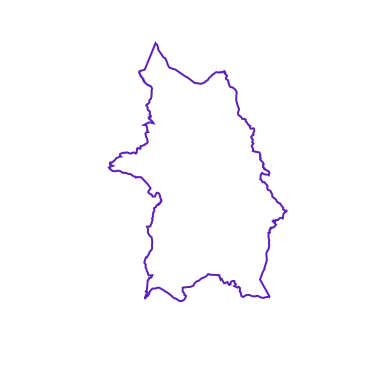 Chiquilistlán, Jalisco, Mexico (Robinson projection), rotated 133°
{"feature_id": "50627088B99358381769751", "entity_name": "Chiquilistlán", "entity_type": "district", "adm_level": 2, "iso_a3": "MEX", "parent_name": "Mexico", "parent_adm1": "Jalisco", "projection": "robinson", "projection_center": [-103.888, 20.08], "detail": "fine", "context": "isolated", "style": "outline", "palette": "violet", "viewbox_px": 384, "rotation_deg": 133, "n_neighbors": 0, "source": "geoboundaries", "source_scale": "gbopen_adm2", "svg_char_len": 6092}
<svg xmlns="http://www.w3.org/2000/svg" viewBox="0 0 384 384"><g transform="rotate(133 192 192)"><path d="M216.1,63.9L215.5,64.2L209.6,82.6L202.1,85.7L198.7,86.5L198.2,87.2L191.1,90.5L186.6,95.4L185.1,96.3L183.4,96.8L181.9,96.9L177.9,99.4L177.2,100.7L174.4,102.7L173.7,104.2L171.6,106.5L170.4,107.3L169.8,108.2L169.2,107.4L168.6,107.8L168.3,107.7L167.9,108.6L167.5,109.0L166.7,109.2L166.3,109.0L165.8,109.7L164.4,110.1L164.2,109.9L164.4,109.3L164.3,109.1L163.1,109.0L162.1,108.1L158.5,108.2L158.3,113.1L157.3,113.0L156.9,112.6L157.0,110.9L155.2,111.7L154.4,110.5L153.8,110.0L151.5,110.1L150.0,109.1L149.5,107.6L145.5,110.3L143.1,110.1L142.0,109.6L141.3,109.9L141.2,110.3L142.3,111.4L142.3,112.5L142.7,113.5L142.5,113.8L141.7,114.1L141.2,114.7L141.1,116.9L140.3,119.6L140.9,120.7L140.8,121.2L141.2,123.1L140.3,125.4L140.6,130.2L139.0,131.6L138.4,133.9L137.7,135.2L137.8,136.4L138.4,137.1L138.7,138.1L137.7,139.8L137.6,139.7L135.9,141.1L135.5,146.0L136.7,147.0L135.8,149.6L136.1,150.7L132.3,153.6L130.2,153.7L130.1,152.5L129.5,150.7L127.3,148.1L127.3,147.3L125.4,148.3L124.7,149.5L124.8,151.1L125.3,152.0L125.3,153.1L125.8,154.0L126.0,155.0L125.2,155.1L125.4,156.8L125.2,157.5L124.3,157.6L123.7,158.0L123.5,158.8L122.6,158.7L122.1,159.7L121.8,164.4L120.1,165.0L119.9,166.2L119.2,167.0L118.5,167.0L117.4,168.9L117.3,170.2L119.7,173.6L120.0,174.9L119.7,175.7L120.1,175.8L118.8,176.7L117.7,179.7L114.7,180.2L114.6,181.9L112.3,183.0L111.6,186.2L108.9,186.6L108.7,186.1L108.0,186.2L107.1,187.4L104.8,188.1L103.4,189.9L103.8,190.9L105.6,192.0L105.5,193.2L104.6,194.3L104.5,195.2L104.1,195.0L104.4,196.8L103.7,199.4L103.8,200.2L103.5,201.2L103.0,201.9L102.4,202.1L102.8,203.6L104.0,204.6L104.2,205.1L103.6,207.5L104.1,210.1L103.9,210.8L102.7,212.5L99.2,214.1L98.2,216.6L94.9,222.0L91.9,224.8L88.4,227.5L87.7,229.8L87.6,231.4L87.8,233.3L88.8,235.3L89.0,236.3L87.4,239.6L85.7,241.5L85.7,242.3L86.2,243.8L85.7,244.9L85.2,245.2L83.2,245.5L83.0,245.8L83.0,248.9L82.6,249.3L81.7,249.3L81.6,250.9L83.5,251.3L83.7,252.0L84.3,252.1L85.0,253.0L85.7,253.0L85.9,253.6L86.7,254.4L87.5,255.6L88.4,256.3L91.2,256.6L92.2,257.1L93.9,256.9L97.4,257.3L98.9,256.8L101.4,257.4L102.7,257.4L105.2,258.3L107.0,259.5L109.4,263.1L110.4,264.3L111.3,273.3L112.1,276.4L113.8,287.7L115.5,291.0L116.4,293.7L115.4,296.6L113.8,299.4L112.4,302.8L112.8,303.8L112.9,305.8L112.5,306.5L111.1,313.2L108.5,317.0L108.1,318.1L108.3,319.4L108.1,320.1L134.8,310.0L139.1,312.6L140.0,312.7L140.3,312.1L140.7,312.0L140.5,311.6L141.3,310.8L141.7,309.2L142.2,308.7L142.0,308.3L142.4,308.1L142.5,307.5L142.2,307.1L142.7,305.4L142.4,305.0L142.5,304.6L143.1,304.7L143.4,304.3L143.6,303.6L143.4,303.2L143.5,302.4L143.9,302.0L143.9,301.4L144.1,301.5L144.0,297.1L143.5,296.8L143.3,295.8L142.8,294.9L143.0,294.3L142.9,293.1L143.9,291.5L145.8,290.5L146.0,290.0L149.9,286.7L151.8,285.7L153.9,285.9L155.0,284.6L155.8,284.2L157.3,284.2L158.4,284.7L159.6,284.7L159.9,284.5L160.2,282.5L162.1,280.4L162.1,279.6L161.8,278.8L162.0,277.5L162.7,276.7L163.9,276.3L164.2,275.9L164.3,274.1L164.7,274.1L165.5,273.4L165.8,274.3L166.6,274.5L167.2,274.3L167.7,273.7L167.4,268.8L168.0,267.0L169.8,270.2L170.8,271.1L175.7,272.8L174.5,271.0L175.4,269.0L176.1,268.0L177.4,266.9L178.0,264.9L179.7,266.1L181.0,265.9L182.8,263.5L184.1,260.4L185.1,259.5L185.6,258.5L187.1,258.1L188.9,258.9L190.1,258.8L190.5,259.2L191.9,259.7L193.7,260.9L194.8,259.6L195.9,259.5L196.6,261.5L197.9,261.7L200.7,259.4L202.2,259.3L202.2,260.7L203.7,262.3L205.5,262.8L206.1,263.6L207.2,266.3L207.7,266.9L209.4,268.0L210.4,269.3L213.2,270.5L214.1,269.9L214.5,268.8L214.5,268.1L215.8,269.2L218.5,270.2L219.4,270.4L220.5,270.1L224.7,270.6L226.2,272.0L226.5,271.9L226.6,271.2L227.2,271.4L227.9,270.7L226.8,267.7L230.2,269.4L230.9,269.4L230.9,268.4L231.2,267.7L230.7,266.4L231.0,264.9L229.0,262.0L227.2,261.0L226.0,259.5L225.4,257.7L225.2,255.5L224.0,254.6L222.8,252.7L222.3,251.1L220.8,249.1L220.7,247.2L220.1,244.8L219.6,244.2L219.7,242.8L218.9,242.7L215.9,239.3L216.4,229.9L217.6,224.8L219.2,224.4L219.6,224.6L221.3,224.4L222.0,223.9L222.2,222.1L221.5,220.3L221.5,219.3L222.1,218.2L222.0,217.3L220.4,216.0L217.9,217.1L216.6,217.3L215.9,216.2L215.6,215.3L216.2,213.6L218.2,210.6L218.6,209.1L219.5,208.2L220.1,208.6L220.9,207.8L221.3,208.0L222.0,207.7L222.3,208.0L223.1,207.7L223.3,208.4L223.7,208.5L223.9,208.1L224.6,207.9L225.6,208.6L226.4,208.7L228.0,208.1L229.3,208.8L230.0,208.6L230.8,207.3L231.5,206.7L233.5,206.4L234.1,205.7L236.2,204.5L236.6,203.7L238.7,203.1L239.0,201.9L241.7,200.8L242.3,200.2L244.5,199.7L245.3,199.1L246.0,199.2L248.0,201.3L249.2,198.7L251.9,196.5L252.8,193.3L252.9,192.5L252.5,191.2L253.1,190.0L256.1,186.5L258.3,184.9L259.7,183.4L260.7,182.6L261.9,182.2L264.9,182.1L266.1,181.5L270.5,180.4L271.0,180.5L271.1,181.0L272.1,180.8L275.9,178.9L276.3,178.5L276.7,176.2L278.6,174.8L279.2,173.9L279.5,172.7L280.5,171.3L281.1,169.3L282.2,167.8L282.4,166.7L281.5,165.6L279.9,164.2L281.9,163.6L283.0,163.8L284.4,164.7L285.2,164.4L285.6,163.9L286.3,164.2L286.9,164.0L294.3,158.3L296.3,157.9L296.3,157.3L295.7,156.8L295.8,156.3L300.9,154.6L302.4,153.5L299.9,154.0L298.8,153.5L296.1,153.7L294.5,154.7L293.0,155.1L289.6,155.1L288.8,154.0L285.0,151.4L284.3,150.6L283.1,145.2L282.9,143.0L282.6,142.5L282.0,138.3L281.9,132.6L281.1,131.5L280.9,130.2L280.6,129.9L280.5,128.0L280.1,126.5L278.0,124.7L275.8,124.3L274.2,124.5L272.1,125.5L272.0,126.3L272.4,126.8L272.5,127.5L271.5,128.4L271.2,129.5L271.3,130.8L268.3,133.6L264.2,130.1L262.7,128.6L259.4,127.1L257.5,127.8L254.3,127.7L252.6,126.6L248.6,126.1L245.2,124.4L242.1,124.0L240.9,124.2L240.2,122.5L234.3,115.4L234.8,115.1L234.9,114.1L235.4,113.7L236.7,111.2L235.3,111.1L236.9,106.1L233.7,104.7L234.7,101.9L234.4,101.3L233.9,101.1L233.7,101.7L232.9,101.1L232.5,101.8L230.9,102.2L229.9,101.9L228.2,100.4L229.4,98.8L229.4,97.1L229.9,96.7L232.0,97.0L230.8,93.4L229.5,93.3L229.4,91.8L229.8,91.0L232.1,89.4L232.5,88.1L232.2,88.1L232.3,87.5L233.0,87.1L234.5,84.6L233.8,83.4L233.8,82.9L230.9,82.2L230.0,81.7L228.5,80.3L227.2,77.2L226.0,75.2L223.2,73.3L222.2,69.9L221.0,67.8L216.2,64.5L216.1,63.9Z" fill="none" stroke="#5b21b6" stroke-width="2"/></g></svg>